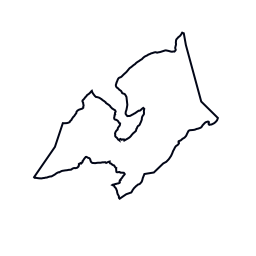 the district of San Pedro Teozacoalco, Oaxaca, Mexico, rotated 230°
{"feature_id": "50627088B69168049256602", "entity_name": "San Pedro Teozacoalco", "entity_type": "district", "adm_level": 2, "iso_a3": "MEX", "parent_name": "Mexico", "parent_adm1": "Oaxaca", "projection": "equal_earth", "projection_center": [-97.274, 17.003], "detail": "fine", "context": "isolated", "style": "outline", "palette": "ink", "viewbox_px": 256, "rotation_deg": 230, "n_neighbors": 0, "source": "geoboundaries", "source_scale": "gbopen_adm2", "svg_char_len": 5856}
<svg xmlns="http://www.w3.org/2000/svg" viewBox="0 0 256 256"><g transform="rotate(230 128 128)"><path d="M164.7,231.6L165.5,231.1L166.2,230.8L166.1,230.3L165.7,229.7L165.5,228.7L165.2,227.7L165.1,226.7L165.2,224.7L165.0,223.8L164.8,222.1L164.3,221.2L162.4,219.3L161.6,218.9L160.8,218.1L160.3,217.3L159.6,216.4L159.1,215.7L158.2,215.2L157.2,214.8L156.9,214.2L156.7,212.7L157.4,212.0L158.1,210.8L158.8,210.1L160.4,209.0L161.0,208.6L162.9,207.1L163.5,206.4L165.1,202.5L165.5,201.5L166.6,199.6L167.0,198.7L168.2,198.0L168.8,197.1L169.3,196.0L169.7,194.9L170.3,193.7L170.6,192.3L171.2,190.7L171.2,189.7L171.6,188.2L171.8,187.4L172.0,186.5L172.0,184.6L171.8,182.8L172.1,181.2L172.2,179.5L172.5,177.7L172.6,176.1L172.4,174.3L172.6,172.9L172.6,170.7L172.6,169.6L172.8,167.8L172.7,167.1L172.1,163.9L171.9,162.7L171.8,159.4L171.7,158.1L171.5,156.2L171.6,155.1L171.8,154.6L172.1,153.8L172.2,153.1L172.1,152.3L171.6,151.1L171.0,150.1L170.3,148.6L170.2,148.6L169.7,147.8L169.6,147.6L168.9,146.5L168.2,145.9L167.2,145.5L166.0,145.5L164.6,145.9L163.2,145.9L160.8,146.5L160.1,146.4L159.2,146.2L158.4,146.0L157.6,146.4L157.1,146.8L155.9,147.3L154.1,147.1L153.6,146.9L152.8,146.8L146.2,142.4L145.4,141.5L144.8,140.8L143.0,138.6L142.5,137.8L142.0,136.9L141.1,135.9L140.4,135.3L139.4,135.2L138.4,135.1L137.5,135.2L136.8,136.2L136.3,136.8L135.8,137.8L135.7,138.7L135.2,140.9L135.0,142.3L134.8,142.9L134.6,145.6L134.4,147.3L134.0,147.7L133.6,148.5L133.6,149.3L133.7,151.2L133.6,152.6L132.3,152.8L131.1,151.4L130.5,150.8L129.6,150.2L128.9,149.6L128.3,148.9L128.1,148.1L127.8,147.0L127.6,146.3L126.6,144.9L125.6,144.0L124.4,141.9L123.9,140.8L123.3,139.6L122.9,138.6L122.9,138.0L123.1,137.0L122.9,136.2L122.6,135.5L121.9,134.3L121.9,133.7L121.5,133.3L120.7,132.2L120.6,130.3L120.6,129.9L120.6,128.8L120.6,128.1L120.4,127.2L120.3,126.3L120.1,125.6L119.9,124.7L119.8,123.0L119.9,122.3L120.1,120.9L120.3,119.8L120.8,117.1L121.9,117.5L122.0,117.3L122.2,117.1L122.5,116.8L122.8,116.5L123.0,115.6L123.3,115.5L123.6,115.5L124.0,115.4L124.5,115.2L124.6,114.7L124.7,114.1L124.8,113.5L124.7,113.4L124.4,113.5L124.2,113.4L125.1,113.2L125.5,113.0L127.3,113.2L128.1,113.1L129.0,112.9L129.7,112.9L130.2,113.1L131.0,113.8L131.4,114.2L132.0,114.4L132.7,115.4L133.1,116.3L133.4,117.4L133.5,118.1L133.4,118.6L133.5,119.1L134.0,119.6L134.5,120.3L134.9,121.7L135.0,122.3L135.1,122.8L135.5,123.7L136.2,124.5L136.6,124.9L137.4,124.5L138.4,124.6L139.5,124.8L140.5,124.7L141.8,124.3L142.4,123.7L143.1,123.4L143.9,123.4L144.8,124.0L145.3,124.7L145.6,125.1L146.1,125.7L146.5,125.9L146.6,126.9L147.8,127.5L148.1,128.0L148.3,128.7L148.5,129.1L149.8,129.5L151.0,129.1L153.5,128.3L154.3,128.4L155.1,128.2L156.5,128.4L157.8,128.2L158.9,127.9L159.9,127.6L161.3,127.2L162.1,127.4L162.9,127.2L164.0,127.0L165.2,126.6L166.5,126.3L167.2,126.3L168.0,125.9L169.2,125.6L170.2,125.1L171.4,124.3L172.4,123.4L173.9,123.2L176.0,123.3L178.0,123.5L179.7,124.2L179.7,123.6L179.4,121.8L179.3,120.7L179.3,119.8L179.5,117.8L179.1,116.4L179.0,115.0L178.8,114.1L178.6,113.5L178.5,112.8L178.3,110.9L177.9,110.4L177.4,110.1L176.4,110.0L175.7,109.5L174.8,109.0L174.2,108.7L173.7,108.4L173.0,107.3L172.3,106.8L172.2,105.6L172.7,104.3L173.5,102.3L173.8,100.4L173.4,98.8L172.6,97.9L172.3,96.4L172.0,95.4L171.7,94.4L171.6,92.9L170.9,90.6L170.5,89.7L170.5,88.8L170.4,87.7L170.0,87.0L170.6,85.2L171.2,84.1L171.8,83.3L172.3,82.6L173.6,81.2L160.5,59.9L150.7,24.4L150.2,24.4L149.5,24.7L149.2,25.4L148.2,26.1L146.6,27.6L145.0,29.3L144.2,30.8L143.5,31.8L143.0,32.9L142.2,34.0L141.8,35.2L141.3,36.4L140.7,37.5L140.1,38.3L139.7,40.4L139.4,42.1L139.3,44.2L138.8,46.3L138.3,46.7L137.7,49.5L137.3,50.3L135.8,52.8L134.9,54.1L134.0,55.8L133.3,56.7L133.0,57.2L132.6,57.9L132.6,59.3L132.2,60.5L131.8,61.2L131.1,61.8L130.6,62.7L130.2,63.7L130.3,65.3L130.6,65.4L130.9,66.3L131.4,66.8L132.0,67.2L132.0,67.6L131.7,68.0L131.7,69.0L130.9,69.2L130.9,69.8L131.3,71.6L131.8,71.8L132.1,73.2L132.6,74.8L133.0,77.0L132.6,77.6L132.1,77.8L131.3,78.1L130.7,78.3L129.7,79.0L128.3,78.9L126.8,78.2L125.5,77.9L124.2,78.2L123.5,78.9L122.7,79.7L122.0,80.5L121.4,81.6L120.8,82.5L119.0,84.7L118.1,86.4L117.4,87.2L116.4,88.6L115.3,88.8L115.0,89.9L114.6,91.3L114.1,92.4L113.4,91.8L112.8,91.6L112.3,91.6L111.3,92.3L110.3,92.3L109.4,92.6L108.6,93.0L108.2,93.3L106.5,93.0L105.8,93.0L104.9,93.3L104.6,92.8L102.2,91.1L101.6,90.9L101.1,91.2L100.5,92.0L99.9,93.1L99.5,93.4L98.7,93.4L97.7,94.6L96.4,96.0L96.0,96.0L95.6,96.0L95.1,96.0L94.7,95.8L94.6,95.4L94.2,93.0L93.7,91.5L93.6,90.9L93.2,88.6L92.8,88.6L92.8,88.0L92.7,87.3L91.5,86.7L91.4,86.3L91.9,84.7L92.3,84.2L92.9,82.7L93.3,82.3L93.4,81.5L93.9,80.7L94.3,80.1L94.4,79.3L93.9,79.5L93.5,79.9L92.6,80.2L91.8,79.9L91.0,79.9L90.3,80.0L89.5,79.9L88.6,79.7L87.9,79.4L86.8,79.1L85.8,78.4L85.1,78.1L84.1,77.6L83.3,77.5L82.5,77.3L81.8,77.2L81.2,76.9L80.7,76.4L80.0,76.1L79.2,76.2L79.2,76.4L78.4,84.1L76.5,89.1L77.0,90.6L77.4,91.5L77.7,92.7L78.0,93.7L78.1,94.9L78.3,97.1L78.2,97.8L78.3,99.1L77.8,100.3L77.6,101.4L78.0,103.8L78.5,104.8L78.9,105.4L79.5,106.3L80.1,107.1L82.2,111.0L77.3,119.2L78.2,132.2L77.5,135.6L77.6,136.6L77.7,137.7L77.9,139.3L78.2,140.4L79.0,143.2L79.5,144.2L80.0,145.3L80.6,146.4L81.3,147.6L81.8,148.9L82.3,150.1L82.8,151.2L83.2,152.4L83.3,153.2L83.1,155.2L83.3,156.5L83.6,157.3L84.1,157.6L84.8,157.6L85.3,158.3L85.0,159.4L84.7,160.0L84.6,161.0L84.7,162.8L84.4,164.3L84.3,165.3L84.6,167.4L85.0,168.3L85.7,169.7L86.2,170.9L86.8,172.2L86.8,173.2L86.5,174.0L85.5,175.4L84.8,176.4L84.2,177.3L83.6,178.5L83.2,179.9L82.5,181.2L81.8,183.0L81.5,184.1L81.6,185.4L82.1,186.7L82.4,189.1L82.5,190.2L82.5,191.1L82.1,192.1L81.7,193.1L81.3,193.6L80.9,193.8L80.5,193.7L80.1,193.4L79.4,192.4L78.8,192.2L78.3,192.3L78.0,192.5L77.8,193.1L77.5,193.5L77.0,194.3L76.6,195.8L76.3,197.2L76.3,198.7L76.4,199.6L76.5,200.4L76.7,201.2L77.1,202.0L77.9,203.3L101.2,201.1L154.4,225.7L164.7,231.6Z" fill="none" stroke="#020617" stroke-width="2"/></g></svg>